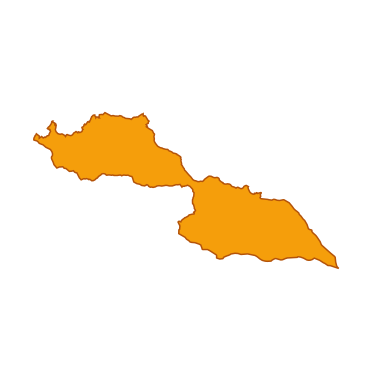 Chiheru De Jos, Mures, Romania (Mercator projection), rotated 27°
{"feature_id": "2599482B61641912975673", "entity_name": "Chiheru De Jos", "entity_type": "district", "adm_level": 2, "iso_a3": "ROU", "parent_name": "Romania", "parent_adm1": "Mures", "projection": "mercator", "projection_center": [24.944, 46.698], "detail": "fine", "context": "isolated", "style": "filled", "palette": "amber", "viewbox_px": 384, "rotation_deg": 27, "n_neighbors": 0, "source": "geoboundaries", "source_scale": "gbopen_adm2", "svg_char_len": 5964}
<svg xmlns="http://www.w3.org/2000/svg" viewBox="0 0 384 384"><g transform="rotate(27 192 192)"><path d="M60.7,232.0L62.7,229.7L63.7,229.3L65.1,228.3L66.0,228.3L67.3,228.9L69.1,228.3L73.4,229.3L75.3,228.1L76.6,226.9L78.4,227.6L79.6,227.6L80.7,227.2L85.2,230.5L87.7,231.5L89.5,229.3L90.1,229.0L90.8,229.0L91.8,228.0L93.9,227.6L94.5,227.8L94.6,227.7L94.5,227.4L95.5,227.1L97.6,227.5L98.9,226.7L100.1,225.0L100.6,223.3L101.3,222.6L101.7,220.5L103.1,218.0L103.3,217.0L104.3,216.1L105.3,215.6L106.3,215.4L107.9,215.8L108.3,215.8L110.2,214.5L112.9,213.5L113.7,212.8L114.9,212.7L117.9,211.2L119.8,209.8L120.8,209.3L121.9,209.5L123.4,207.9L125.8,207.0L127.2,206.1L127.8,206.0L129.5,206.0L131.4,205.5L132.7,206.5L135.6,209.5L139.1,209.6L141.9,208.8L144.2,209.0L147.2,208.0L147.4,207.3L148.0,206.9L148.4,206.0L149.0,205.9L150.1,206.1L150.8,206.6L152.6,206.7L153.8,205.9L155.2,205.6L157.0,204.1L158.1,202.5L159.8,201.3L162.4,200.4L165.7,197.9L167.2,197.3L169.0,196.9L171.6,195.6L174.5,192.7L176.1,192.0L177.9,190.7L180.8,192.2L181.1,191.1L182.6,190.4L183.0,189.8L183.9,189.2L184.9,188.0L187.6,187.9L191.5,189.4L192.5,191.1L194.1,191.7L195.5,195.0L195.5,196.5L195.8,197.0L196.0,198.8L197.0,200.7L197.9,202.2L198.8,202.3L200.9,204.5L201.6,205.7L203.0,206.4L203.6,207.1L203.1,208.0L203.2,208.7L202.7,209.1L202.7,209.4L203.5,209.6L203.8,210.6L202.3,211.6L199.8,213.8L199.4,215.4L197.6,218.0L197.3,218.1L196.7,219.6L195.9,221.0L195.5,222.9L195.6,223.7L193.7,223.9L193.2,225.1L195.1,226.6L196.1,227.1L196.2,227.5L196.7,227.9L197.9,230.9L197.5,231.7L199.1,235.1L206.4,235.5L208.5,236.5L211.3,236.8L213.0,237.4L214.4,237.1L217.7,235.8L222.0,235.2L223.8,235.2L225.7,236.9L227.2,238.4L227.9,238.3L232.0,236.2L234.2,236.2L239.5,236.7L242.2,237.0L242.7,237.3L243.8,239.5L244.3,239.6L247.2,239.1L249.7,237.4L250.1,235.4L252.4,232.7L253.2,232.0L254.3,230.6L254.9,229.5L258.1,227.1L260.9,225.9L264.0,225.4L269.7,221.9L277.1,219.9L279.7,220.1L282.8,220.8L285.7,221.0L288.5,220.4L290.5,219.6L293.8,217.7L294.4,216.1L296.2,213.6L297.4,213.1L302.0,212.2L303.5,211.2L305.5,208.8L307.0,207.4L315.4,202.5L315.8,201.6L318.2,200.7L321.3,200.3L325.3,200.4L327.1,199.8L328.4,199.0L329.8,197.6L331.0,195.4L336.8,194.9L341.3,195.4L342.8,195.3L346.4,195.8L348.7,194.8L357.4,193.5L355.4,192.8L354.4,192.1L351.9,189.3L349.3,185.3L348.4,184.7L343.4,183.6L332.0,180.6L331.0,180.1L328.6,178.0L323.7,175.3L322.0,174.5L318.5,173.6L316.7,172.8L316.2,171.7L315.4,171.6L314.0,172.0L312.4,171.9L309.3,168.8L305.3,166.2L303.4,165.7L300.0,164.0L297.8,163.3L296.6,162.2L294.2,161.6L292.7,161.4L290.4,160.7L287.5,159.2L283.5,157.5L277.5,157.2L276.8,157.5L273.9,159.8L271.6,160.7L269.2,161.0L268.0,161.5L266.8,163.0L263.7,164.1L263.2,164.1L256.6,166.6L255.7,166.5L255.1,166.0L255.2,164.7L253.9,163.0L254.2,161.8L253.9,161.2L253.5,161.3L250.9,163.6L250.3,163.2L249.7,163.4L249.6,164.1L249.3,164.6L248.4,164.6L248.2,164.8L248.4,165.6L248.2,165.9L246.6,166.3L244.7,166.2L243.4,165.7L240.8,163.7L239.7,162.3L239.8,161.6L237.4,161.5L236.7,162.1L235.8,163.4L235.7,164.8L235.4,165.5L234.9,166.3L233.6,166.9L230.8,166.9L230.3,167.2L229.7,168.0L229.6,168.4L229.1,168.6L227.8,168.4L224.9,168.9L222.9,168.0L221.7,168.0L219.9,168.6L218.6,169.6L217.6,170.0L215.8,170.2L215.4,169.6L213.6,169.7L211.0,169.0L210.4,168.1L209.3,167.5L207.7,167.6L205.9,168.9L204.5,169.3L201.9,169.3L200.0,170.1L199.4,171.0L197.5,174.8L197.3,175.3L197.3,176.1L196.6,177.8L194.7,178.5L193.9,179.3L192.6,180.1L190.3,180.3L188.9,180.7L187.2,180.6L183.9,179.0L181.2,178.1L176.6,176.2L175.6,176.0L174.5,174.8L173.0,174.1L171.6,173.1L170.3,172.5L170.0,172.2L170.1,171.9L169.6,171.1L167.9,169.2L167.5,167.8L166.3,167.0L166.4,166.3L165.8,165.8L162.8,165.4L161.6,165.5L161.3,165.1L161.0,165.1L158.9,165.4L157.9,165.9L156.0,165.5L154.2,165.5L153.2,165.8L151.0,165.1L149.2,165.9L146.2,166.5L145.4,166.4L143.7,166.9L142.8,166.9L140.6,166.8L137.7,165.4L136.1,164.5L135.0,163.5L134.6,162.8L134.4,161.9L133.1,160.2L132.8,159.6L132.5,157.9L132.2,157.4L131.0,157.0L128.8,155.3L124.9,155.1L121.8,154.6L122.3,153.7L120.5,152.8L121.8,150.6L121.3,149.7L121.6,148.6L121.5,148.3L120.2,148.1L116.1,145.5L115.0,145.7L114.7,146.4L114.1,146.3L113.8,146.0L112.9,144.4L112.4,145.2L111.7,145.7L111.6,146.1L110.1,148.7L109.9,149.6L108.4,150.4L107.6,151.2L107.3,151.2L106.4,151.7L105.7,152.5L105.5,153.7L105.0,154.2L104.8,155.0L103.5,154.9L99.2,156.6L98.0,156.4L96.0,156.7L95.0,156.3L93.0,156.7L92.2,157.7L89.2,159.2L87.0,159.7L85.4,160.9L78.4,160.8L77.5,163.5L76.5,163.8L74.6,165.0L74.4,165.3L74.9,166.7L74.8,167.2L74.9,167.5L75.8,168.0L74.9,168.4L74.3,168.1L73.7,168.1L72.7,168.6L72.6,169.3L72.3,168.8L71.8,168.8L71.6,168.3L70.5,168.2L70.1,167.9L70.1,167.7L69.5,168.1L69.1,168.5L68.6,170.2L68.4,170.5L68.6,170.8L68.5,172.5L68.8,173.3L68.7,175.0L68.8,175.8L68.3,175.9L68.5,176.5L67.2,176.8L66.7,180.3L65.6,180.2L65.6,181.0L65.3,181.2L65.6,182.3L65.5,183.0L65.4,183.3L64.6,184.2L64.6,184.5L65.7,185.5L66.4,185.6L66.2,186.2L66.5,187.8L66.3,188.4L65.4,189.6L65.0,190.0L64.5,189.8L63.4,190.0L63.4,191.1L61.2,190.8L60.5,192.2L59.8,193.2L59.7,194.6L59.1,196.2L58.2,196.9L55.7,197.5L55.2,197.3L54.3,197.8L54.1,198.4L54.2,198.7L54.1,200.0L52.9,199.4L50.2,199.2L49.0,199.7L48.4,200.5L45.9,200.9L43.3,199.9L41.8,198.3L41.5,196.6L41.0,195.4L40.9,194.6L40.3,193.8L39.7,193.3L39.6,193.8L40.1,194.1L40.3,194.6L40.2,194.8L39.7,194.8L38.2,192.9L36.2,193.0L35.8,192.6L35.9,192.0L35.4,192.2L35.1,193.1L35.6,194.6L35.4,196.7L35.2,198.1L34.6,199.4L34.3,201.1L35.2,201.3L36.7,200.8L36.8,201.0L36.9,201.4L37.5,201.2L37.6,201.6L38.4,202.1L38.4,205.4L38.7,205.9L38.7,206.3L38.3,207.1L37.5,207.6L36.7,209.8L36.3,210.0L36.1,209.8L35.7,210.0L34.9,211.4L32.8,210.8L31.5,213.4L30.6,211.5L26.9,210.8L27.0,211.9L26.6,213.0L26.8,213.8L26.7,214.5L26.7,215.4L27.0,216.6L27.3,217.2L27.6,217.5L30.6,216.9L31.9,217.1L33.8,218.0L37.9,217.6L41.5,218.5L46.6,218.4L49.0,219.8L50.4,221.3L51.1,222.9L50.9,224.4L51.3,225.5L52.1,226.4L54.9,228.6L56.6,230.3L60.7,232.0Z" fill="#f59e0b" stroke="#b45309" stroke-width="1.5"/></g></svg>